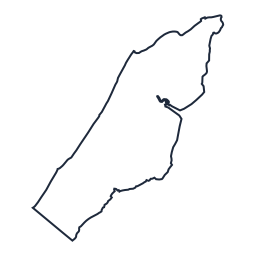 outline of Ngerchol, Peleliu, Palau
{"feature_id": "81905179B42625934985566", "entity_name": "Ngerchol", "entity_type": "district", "adm_level": 2, "iso_a3": "PLW", "parent_name": "Palau", "parent_adm1": "Peleliu", "projection": "orthographic", "projection_center": [134.258, 7.032], "detail": "fine", "context": "isolated", "style": "outline", "palette": "slate", "viewbox_px": 256, "rotation_deg": 0, "n_neighbors": 0, "source": "geoboundaries", "source_scale": "gbopen_adm2", "svg_char_len": 3406}
<svg xmlns="http://www.w3.org/2000/svg" viewBox="0 0 256 256"><path d="M72.4,240.6L73.5,239.7L74.4,239.0L75.3,238.1L76.1,236.8L76.2,235.2L76.9,233.4L78.8,231.4L79.2,229.9L79.1,228.5L79.3,227.3L80.9,226.3L83.3,223.7L84.3,222.6L86.3,220.7L88.5,219.0L90.8,217.5L97.1,214.2L98.2,213.5L99.3,212.7L100.2,212.3L101.5,211.4L101.7,209.9L102.9,207.6L104.1,207.2L104.3,206.4L104.6,204.8L106.6,203.6L107.6,202.5L108.1,201.1L109.0,200.4L110.3,199.4L111.8,197.5L110.7,196.2L111.4,194.8L112.0,193.9L112.7,193.1L114.7,191.2L114.1,189.6L114.3,188.7L115.4,188.8L116.3,189.1L117.6,190.5L118.7,190.1L119.4,191.6L120.4,191.0L122.8,190.4L125.1,190.0L128.2,189.7L129.6,189.0L133.2,188.7L135.3,187.6L136.1,186.3L137.4,186.2L142.9,183.3L144.4,182.2L145.8,181.5L146.5,180.1L147.6,180.5L148.4,180.8L149.5,180.4L150.7,178.8L151.8,178.8L152.8,178.5L154.4,177.7L156.1,179.2L159.2,179.5L161.8,179.1L162.5,178.5L164.8,174.9L167.7,172.1L168.6,169.3L170.0,167.4L172.0,164.9L170.9,163.2L171.6,160.4L171.5,158.7L171.0,156.2L171.8,152.1L173.2,147.2L175.1,144.0L177.1,140.2L177.9,135.8L179.7,126.2L180.6,122.5L181.5,118.9L179.3,115.5L168.2,107.5L165.4,106.5L165.4,106.1L165.0,104.7L166.7,104.5L166.2,103.5L165.6,100.7L165.3,100.4L164.9,100.2L164.2,100.2L163.6,100.6L163.0,101.0L162.5,101.3L162.1,101.9L161.1,101.9L160.1,101.5L159.6,100.8L158.7,99.0L157.9,97.6L157.2,96.6L157.2,96.2L157.3,96.1L157.9,96.1L158.4,96.8L159.1,97.5L159.4,98.1L159.8,99.0L160.1,100.0L160.5,100.7L161.1,100.9L162.2,100.5L162.9,99.9L163.5,99.3L164.1,99.1L164.9,99.2L166.3,99.3L167.0,99.7L168.4,101.0L168.8,101.6L168.8,102.2L168.5,102.3L168.0,102.0L167.2,101.3L166.9,101.3L166.9,101.7L166.9,102.0L167.4,102.7L168.1,103.2L168.8,104.9L169.5,105.3L169.9,104.8L172.0,106.3L180.0,110.4L184.0,108.8L191.5,104.1L196.2,100.1L202.1,94.6L204.2,92.0L203.6,86.2L201.8,83.9L202.1,83.5L202.3,82.3L202.5,76.8L203.0,76.1L205.2,74.4L206.4,73.2L206.8,72.3L207.0,71.3L206.4,66.0L206.6,63.4L209.1,60.5L209.2,54.2L209.8,51.6L209.8,50.0L210.0,48.2L209.7,47.4L209.3,45.7L209.5,44.5L210.6,38.9L211.5,35.9L212.8,34.5L213.3,32.8L214.1,32.6L215.1,33.4L216.3,33.5L217.6,33.0L218.8,32.1L219.4,31.2L220.0,30.4L220.9,28.2L222.0,27.1L222.6,25.8L223.2,24.8L222.9,23.2L222.2,21.9L221.4,21.1L220.9,20.0L220.8,19.0L221.1,17.7L221.5,17.3L221.5,16.7L221.4,16.0L220.8,15.5L219.8,15.4L214.4,16.7L213.1,17.0L211.4,17.3L209.7,17.3L207.9,17.5L207.1,17.7L205.3,18.6L204.8,17.3L203.6,17.8L202.2,18.3L201.4,18.7L200.8,19.2L201.1,21.0L199.5,22.3L198.7,22.8L194.5,25.9L190.8,29.3L188.2,31.1L185.6,32.6L183.3,34.4L183.1,34.6L182.1,35.2L180.7,35.2L179.7,34.6L177.6,32.1L176.7,31.8L175.5,31.6L174.2,31.5L173.0,31.5L170.1,32.0L168.9,32.4L165.9,33.7L164.2,34.6L162.4,35.9L160.4,37.3L158.3,39.1L156.4,40.9L153.8,44.5L152.3,45.7L150.2,46.8L148.4,47.8L146.5,49.4L143.7,50.6L142.0,51.1L141.0,51.6L138.9,53.0L136.5,53.1L134.9,52.4L134.5,51.3L133.7,51.0L133.2,51.7L132.9,52.3L131.8,53.6L130.7,55.2L127.6,60.1L125.9,63.0L124.9,65.3L119.6,74.9L118.5,77.0L118.0,77.9L117.2,81.4L116.6,82.6L115.4,84.6L111.7,93.0L107.9,101.1L106.3,103.6L105.1,105.9L101.8,112.0L99.3,115.0L99.3,116.0L98.4,117.5L93.6,123.9L88.1,132.6L80.2,144.3L76.3,150.4L74.0,153.5L71.3,157.5L69.7,158.4L68.5,159.1L67.5,159.9L63.6,164.6L62.4,165.9L60.2,167.8L59.2,168.5L57.6,169.0L57.4,170.0L56.2,172.5L50.8,181.5L46.3,189.8L44.0,193.2L41.4,197.0L38.0,202.2L35.1,206.0L33.9,207.1L32.8,207.8L63.0,232.9L72.4,240.6Z" fill="none" stroke="#1e293b" stroke-width="2"/></svg>